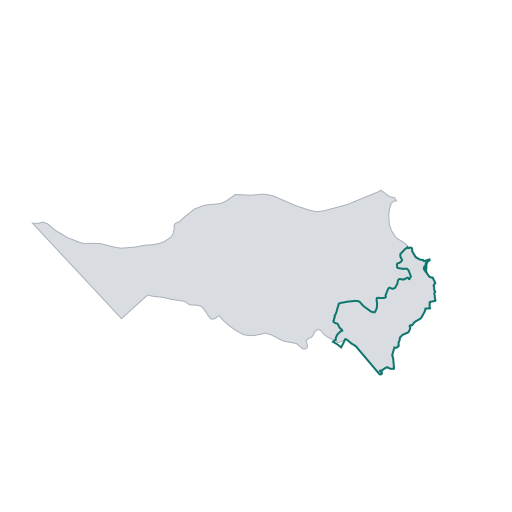 location of Oriental within Morocco, rotated 47°
{"feature_id": "MAR-1454", "entity_name": "Oriental", "entity_type": "Region", "adm_level": 1, "iso_a3": "MAR", "parent_name": "Morocco", "parent_adm1": "", "projection": "robinson", "projection_center": [-2.611, 33.589], "detail": "fine", "context": "in_parent", "style": "outline", "palette": "teal", "viewbox_px": 512, "rotation_deg": 47, "n_neighbors": 0, "source": "natural_earth", "source_scale": "10m", "svg_char_len": 6270}
<svg xmlns="http://www.w3.org/2000/svg" viewBox="0 0 512 512"><g transform="rotate(47 256 256)"><path d="M83.2,393.6L86.0,388.6L90.5,386.4L100.0,385.4L114.2,381.3L126.9,375.1L130.5,372.6L134.5,367.7L140.9,361.3L152.9,353.6L158.4,349.3L166.9,338.5L172.6,329.6L177.3,323.9L180.5,318.8L182.8,313.6L184.2,305.3L183.5,302.1L180.1,296.8L177.8,295.4L177.2,292.9L178.6,288.4L178.7,280.8L179.7,268.7L183.8,258.9L193.5,246.1L195.3,240.8L196.6,232.5L196.7,229.5L208.7,217.6L215.7,208.5L218.2,206.3L224.3,202.1L245.6,193.0L257.6,186.5L264.6,181.8L268.9,176.2L280.6,154.2L292.2,123.4L293.2,119.8L298.2,118.8L301.8,118.4L304.6,117.2L308.2,114.9L311.6,115.8L309.9,117.4L309.8,121.2L312.2,125.6L316.3,130.7L323.9,137.0L329.8,139.6L338.3,141.1L348.2,138.3L353.7,138.2L356.4,137.0L359.3,138.8L364.9,139.4L370.2,138.4L374.3,135.8L376.9,132.7L377.3,134.2L377.4,135.8L378.2,136.8L379.8,140.7L380.6,142.2L383.7,142.0L386.4,142.7L392.5,142.4L398.3,143.0L399.1,145.6L400.8,147.6L406.8,152.2L410.4,155.1L410.5,156.0L409.3,158.4L408.8,160.0L409.8,161.7L412.0,163.8L412.2,164.8L411.6,165.9L410.5,168.2L412.9,174.7L413.4,181.1L412.7,185.6L412.8,188.2L413.1,190.4L415.2,195.5L413.8,204.0L415.4,208.6L417.5,212.4L418.7,219.1L420.4,222.2L423.3,225.0L424.9,226.0L428.0,228.3L430.2,230.2L431.5,233.1L428.7,235.4L426.5,237.5L425.9,239.8L426.9,243.4L427.0,245.4L425.5,246.0L419.7,245.8L415.2,245.7L410.0,245.5L402.6,245.1L398.1,244.9L391.8,244.6L389.7,244.8L383.9,245.8L379.9,246.5L379.2,246.7L377.9,247.6L377.1,250.3L376.3,253.4L375.4,254.7L363.3,259.2L358.5,259.8L355.8,259.3L353.8,259.7L352.1,260.6L351.6,262.0L351.5,263.9L351.8,265.7L353.0,268.3L353.2,270.9L352.4,272.7L352.2,274.5L351.9,276.5L352.5,277.5L353.7,277.7L354.9,278.6L356.5,279.4L357.9,281.0L357.8,283.2L356.7,284.4L355.6,285.1L351.1,285.7L347.5,286.2L342.7,289.7L337.7,293.5L331.7,296.0L329.1,296.7L324.5,298.5L319.0,301.5L316.2,306.2L312.8,311.7L309.4,315.4L304.9,318.8L300.7,320.2L295.4,321.9L288.8,323.1L284.1,323.6L282.7,323.8L278.5,323.9L276.5,323.7L275.0,323.5L274.4,323.9L274.2,324.8L274.1,326.7L273.8,329.0L272.5,330.9L271.5,331.8L270.4,332.1L267.0,331.6L264.0,331.0L257.1,330.2L255.7,330.4L255.2,330.6L253.0,331.9L249.7,334.6L247.4,337.0L245.7,338.1L241.7,338.7L239.9,339.6L232.3,345.6L230.7,347.0L222.9,352.2L220.7,353.9L219.0,355.6L214.3,359.5L211.3,361.2L210.8,362.1L210.6,364.5L210.5,369.7L210.4,374.6L210.3,381.9L210.2,389.1L210.1,397.1L79.5,397.1L83.2,393.6Z" fill="#d9dde1" stroke="#a8b0b8" stroke-width="1"/><path d="M377.6,135.3L377.0,135.9L377.1,136.8L377.7,137.5L378.6,137.1L379.0,137.7L378.7,138.0L378.6,138.5L378.5,139.1L378.6,140.2L378.8,140.7L379.0,141.1L379.4,141.6L380.2,142.1L381.2,142.4L383.2,142.6L382.0,141.6L379.8,139.2L379.4,138.5L379.5,138.2L379.9,138.5L381.3,140.0L381.5,140.3L382.9,141.7L384.1,142.4L385.6,142.9L388.5,143.3L389.8,143.2L390.5,143.0L390.9,142.7L391.5,142.1L392.1,141.6L392.7,141.5L395.4,142.5L396.0,142.6L396.7,142.8L397.4,143.3L398.2,143.5L398.2,144.9L398.5,145.8L399.0,146.5L399.9,146.8L400.9,147.5L401.8,148.4L402.8,149.0L404.1,149.1L404.4,149.4L404.5,149.8L404.6,150.2L404.7,150.7L405.1,151.2L406.6,152.1L407.6,153.0L410.6,154.9L411.1,155.4L411.0,155.7L410.6,155.9L409.9,157.5L408.4,159.8L408.2,160.4L411.7,163.9L412.7,164.2L413.0,164.4L410.0,168.0L411.1,169.3L411.8,170.8L413.9,177.1L413.9,177.6L414.0,178.0L413.9,178.7L412.6,184.2L412.5,185.8L412.8,187.5L413.1,188.5L413.1,188.9L412.9,189.4L412.6,189.7L412.2,190.0L412.0,190.4L411.8,190.9L412.0,191.4L412.5,191.7L413.4,192.1L413.9,192.5L414.3,192.9L415.6,196.0L415.7,197.1L415.3,198.0L414.9,198.7L414.4,200.6L414.0,201.4L413.7,202.3L413.7,205.6L414.0,206.8L415.4,208.2L415.9,209.2L416.3,210.2L416.9,211.1L417.7,211.8L418.5,212.4L419.0,212.8L419.2,213.5L419.2,214.3L419.1,215.1L419.0,215.4L418.9,215.8L418.7,216.0L418.5,216.3L417.3,217.2L421.2,223.7L422.1,224.5L424.0,225.2L432.0,231.4L432.5,232.2L430.8,234.0L429.9,234.8L428.8,235.2L427.6,235.4L427.1,235.6L426.7,236.3L426.4,236.9L426.0,238.1L425.6,241.2L425.5,241.6L425.5,241.9L425.5,242.2L425.3,242.6L425.1,242.7L424.7,243.1L424.5,243.3L424.7,243.9L425.1,243.9L426.2,243.5L426.8,243.5L427.4,243.6L427.8,244.1L428.0,244.8L427.4,246.0L426.3,246.3L424.1,246.2L423.9,246.2L423.2,246.1L422.1,246.1L420.6,246.0L418.9,245.9L416.9,245.8L414.7,245.7L412.3,245.6L409.9,245.5L407.4,245.4L404.8,245.2L402.3,245.1L400.0,245.0L397.7,244.9L395.6,244.8L393.8,244.7L389.9,244.5L384.7,246.0L379.4,246.5L377.7,247.4L379.7,252.7L380.9,256.1L375.9,256.8L371.3,258.2L371.3,256.3L371.6,254.6L370.4,253.7L369.0,250.5L368.8,248.3L368.8,245.5L369.4,243.8L368.2,243.5L366.9,243.6L365.5,243.8L364.3,243.5L363.3,243.1L361.9,242.7L360.8,242.7L360.0,243.3L358.7,243.9L357.1,244.2L356.3,243.8L356.0,242.6L354.9,241.5L354.5,240.1L353.3,239.3L352.9,237.6L351.7,235.1L349.8,232.2L349.1,230.7L347.3,228.0L347.9,226.6L348.5,225.3L349.9,223.4L351.3,220.9L356.6,213.9L358.9,211.9L360.4,211.5L361.9,211.4L363.6,211.6L366.8,211.4L375.0,209.8L376.6,208.9L378.1,207.7L377.7,205.8L376.5,203.2L373.4,199.9L369.9,197.4L369.2,196.3L369.7,195.4L372.8,192.5L374.3,190.4L374.6,189.1L374.0,188.6L373.1,188.1L370.5,182.6L370.0,180.9L370.2,179.9L372.9,178.7L373.7,177.5L374.1,175.8L373.3,173.8L372.9,171.9L371.1,169.5L370.5,168.3L370.5,167.4L370.5,167.0L370.8,166.6L371.2,166.2L373.3,164.8L373.5,164.5L373.5,164.2L373.9,163.8L374.1,163.7L374.1,163.4L374.9,161.0L374.9,160.4L375.3,159.9L376.0,159.7L376.7,159.7L377.2,159.9L377.5,159.5L377.1,158.8L377.0,158.1L376.9,157.3L376.5,156.6L370.4,154.2L368.3,154.3L367.3,155.2L366.7,156.1L365.7,157.2L361.5,160.5L360.5,160.5L359.1,159.2L358.3,158.8L358.0,158.1L358.0,157.4L358.2,156.8L358.7,156.2L358.8,155.5L359.0,154.5L359.1,153.5L358.7,152.0L356.4,151.2L355.3,151.0L353.8,150.0L353.0,148.9L352.6,142.2L352.9,141.0L352.7,139.8L352.7,139.5L353.7,139.5L354.3,139.1L354.6,138.5L354.9,137.6L355.5,137.0L356.2,136.7L357.0,136.8L357.5,137.1L358.7,138.2L359.3,138.6L361.4,139.0L362.2,139.4L362.5,139.4L362.9,139.4L363.2,139.4L363.5,139.5L364.1,139.7L364.3,139.8L365.8,140.0L367.0,139.7L370.5,138.5L371.1,138.1L372.4,136.8L372.7,136.6L373.0,136.6L373.5,136.8L373.9,136.8L374.8,135.9L375.9,133.2L376.6,132.1L376.6,131.8L376.7,131.5L377.0,131.4L377.3,131.6L377.5,131.8L377.3,132.4L377.4,132.8L377.1,133.9L377.5,135.2L377.6,135.3L377.6,135.3Z" fill="none" stroke="#0f766e" stroke-width="2"/></g></svg>